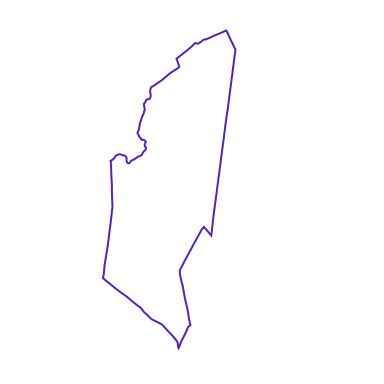 Tan Hung, Long An, Vietnam (Albers equal-area conic projection), rotated 234°
{"feature_id": "81297802B65804618727956", "entity_name": "Tan Hung", "entity_type": "district", "adm_level": 2, "iso_a3": "VNM", "parent_name": "Vietnam", "parent_adm1": "Long An", "projection": "albers", "projection_center": [105.709, 10.817], "detail": "fine", "context": "isolated", "style": "outline", "palette": "violet", "viewbox_px": 384, "rotation_deg": 234, "n_neighbors": 0, "source": "geoboundaries", "source_scale": "gbopen_adm2", "svg_char_len": 5496}
<svg xmlns="http://www.w3.org/2000/svg" viewBox="0 0 384 384"><g transform="rotate(234 192 192)"><path d="M308.9,257.8L307.9,257.6L306.6,257.2L305.0,256.7L300.6,255.2L300.5,253.2L300.6,251.0L300.9,245.4L301.0,245.1L300.7,240.4L300.5,237.7L300.3,234.6L300.2,233.9L300.2,233.2L300.3,229.1L300.5,223.3L300.7,220.5L300.1,219.5L299.1,218.2L298.2,217.3L297.0,216.7L295.4,215.9L294.4,215.4L293.9,215.0L293.5,214.5L293.2,214.2L292.6,213.3L292.4,212.8L292.4,212.3L292.5,211.6L292.8,211.0L293.2,210.4L293.4,209.9L293.4,209.4L293.2,208.8L292.8,208.2L292.4,207.5L292.0,206.6L291.7,205.5L291.4,204.7L291.1,204.5L290.6,204.2L290.0,204.0L289.3,203.7L288.7,203.4L288.2,203.1L287.8,202.8L287.4,202.6L287.0,202.5L286.6,202.3L286.4,202.2L285.9,201.7L285.5,200.9L285.2,200.4L284.9,200.1L284.6,199.7L284.4,199.5L284.1,199.2L283.6,198.5L283.3,198.1L283.0,197.5L282.8,197.1L282.6,196.7L282.5,196.3L282.3,195.9L281.9,195.5L281.2,194.6L280.6,193.7L280.0,192.9L279.5,192.3L279.1,191.8L278.8,191.0L278.3,190.3L277.8,189.8L277.4,189.3L276.9,189.0L276.5,188.7L276.0,188.2L275.6,187.6L275.3,187.3L274.8,186.9L274.5,186.5L274.1,186.0L273.7,185.5L273.1,184.9L272.7,184.3L272.4,183.7L272.2,183.2L272.0,182.8L271.7,182.6L271.4,182.4L271.1,182.3L270.8,182.3L270.2,182.4L269.7,182.4L269.2,182.3L268.9,182.1L268.5,182.0L268.3,181.9L268.0,181.9L267.5,181.8L267.2,181.7L266.9,181.7L266.7,181.7L266.4,181.8L266.0,182.1L265.8,182.1L265.5,182.2L265.2,182.1L264.9,182.0L264.5,181.9L264.3,181.8L264.2,181.8L263.8,181.9L263.7,182.0L263.5,182.3L263.2,182.9L262.9,183.4L262.6,183.6L262.3,183.7L261.5,184.0L260.7,184.1L260.2,184.2L259.9,184.3L259.7,184.2L259.3,183.6L259.2,183.1L259.1,182.8L258.9,182.5L258.6,182.1L258.3,181.7L257.7,181.3L257.1,181.0L256.6,180.8L256.2,180.7L255.7,180.7L255.3,180.9L255.2,180.9L254.9,180.9L254.7,180.9L254.4,180.7L254.1,180.4L253.8,179.8L253.6,179.3L253.4,178.5L253.3,177.6L253.2,177.2L253.1,176.7L253.0,176.4L252.7,175.5L252.6,175.3L252.4,174.7L252.1,174.2L251.8,173.8L251.7,173.6L251.7,173.3L251.6,173.0L251.6,172.7L251.6,172.4L251.6,171.9L251.7,171.3L251.9,170.6L252.2,169.6L252.3,168.8L252.3,167.9L252.3,166.8L252.4,165.6L252.4,164.5L252.5,163.7L252.6,163.3L252.9,162.3L252.9,161.5L252.9,160.8L252.9,160.4L252.7,160.0L252.5,159.5L252.4,159.2L252.3,158.7L252.2,158.3L252.2,158.1L252.2,157.9L252.4,157.7L252.7,157.4L253.1,157.1L253.8,156.9L254.3,157.0L255.1,157.2L255.8,157.4L256.3,157.8L256.7,158.1L257.2,158.6L257.7,158.9L258.1,159.1L258.6,159.2L259.2,159.3L259.9,159.2L260.6,159.1L261.0,158.9L261.8,158.3L262.4,157.6L262.9,157.2L263.7,156.8L264.6,156.1L265.1,155.6L265.5,154.7L265.7,154.0L265.8,153.3L266.0,152.4L266.1,151.8L266.0,151.4L265.9,150.9L265.6,150.2L265.3,149.5L265.0,148.2L264.8,146.9L264.9,145.7L264.9,144.3L264.9,144.2L264.5,144.2L264.2,144.1L263.4,143.6L261.9,142.6L260.7,141.9L257.8,139.9L255.2,138.1L250.8,135.2L244.6,131.2L243.2,130.2L238.9,127.1L237.4,126.1L231.7,122.2L228.4,120.1L226.0,118.3L225.5,117.8L224.9,117.2L223.2,115.6L222.0,114.6L218.2,111.1L214.3,107.5L210.2,103.6L206.0,99.7L201.8,95.8L197.7,91.9L193.8,88.0L190.0,84.1L186.1,80.2L184.7,78.7L182.0,76.3L180.3,74.9L177.6,72.5L176.1,70.9L175.3,70.0L174.8,69.3L172.5,69.9L170.6,70.3L168.2,71.0L166.0,71.6L163.1,72.4L161.4,72.8L157.9,73.7L157.8,73.8L156.1,74.3L154.0,74.9L151.0,75.9L147.1,77.3L143.4,78.3L141.2,78.8L135.5,80.3L132.2,81.2L129.9,82.0L128.3,82.4L127.0,82.6L125.9,82.6L125.4,82.6L124.2,82.5L123.3,82.6L122.3,82.7L121.1,83.0L119.5,83.4L117.9,83.7L116.6,83.9L114.8,84.1L113.5,84.4L112.3,84.8L111.1,85.4L109.4,86.3L106.4,87.9L104.2,89.0L102.9,89.6L101.9,89.9L100.7,90.1L99.1,90.3L94.9,90.7L91.5,91.1L88.3,91.6L84.8,91.9L81.9,92.1L79.7,92.0L79.0,92.0L78.5,91.9L78.0,91.6L76.6,90.7L75.0,89.8L73.5,89.2L73.4,89.2L73.8,90.0L74.8,91.6L76.5,94.0L77.5,95.5L78.3,97.2L79.6,99.8L80.9,102.4L82.2,104.7L83.0,106.2L83.9,107.7L84.6,108.7L85.1,109.8L85.2,110.5L85.3,111.3L85.2,112.0L85.1,112.3L85.3,112.5L86.3,112.9L88.2,113.7L92.9,115.9L96.7,117.9L100.5,119.7L108.8,123.2L110.8,124.1L113.7,125.5L122.0,129.5L126.3,131.1L132.3,133.8L135.1,135.5L135.6,135.9L136.0,136.4L136.5,137.4L137.3,139.0L138.7,142.0L139.9,144.2L141.3,147.1L143.1,150.9L144.9,154.6L148.4,161.8L152.8,171.2L156.1,178.1L156.4,178.8L156.4,179.1L156.3,179.3L156.2,179.5L156.2,179.8L156.4,180.3L156.7,180.8L156.8,181.1L153.4,181.4L151.2,181.6L145.6,182.0L147.6,184.0L151.4,187.5L153.0,189.0L155.2,190.9L158.8,194.2L162.5,197.7L166.1,201.1L169.6,204.5L172.4,207.1L173.2,207.8L174.9,209.5L177.0,211.5L177.8,212.3L180.5,214.8L181.8,216.0L183.8,217.9L184.4,218.6L186.1,220.1L187.8,221.7L188.5,222.4L191.3,225.2L192.8,226.4L195.0,228.6L198.6,232.1L199.6,233.0L203.0,236.1L206.0,239.0L207.5,240.4L209.1,241.9L211.4,244.1L213.3,246.0L215.0,247.6L217.0,249.5L220.2,252.4L222.4,254.6L224.3,256.3L226.1,258.0L228.0,259.8L230.1,261.8L231.7,263.3L234.7,266.2L237.1,268.7L243.8,275.1L244.4,275.6L250.0,280.9L255.6,286.2L261.2,291.5L272.4,302.1L273.9,303.5L274.0,303.6L278.0,307.4L281.6,310.8L285.4,311.5L292.7,312.8L299.5,314.2L300.2,314.3L302.5,314.7L302.9,313.0L303.7,309.0L304.3,306.3L304.5,305.4L305.2,302.7L305.5,301.4L306.2,298.0L306.3,297.2L306.6,296.0L306.8,295.1L306.9,294.7L306.9,293.5L307.0,293.3L307.7,292.6L308.0,292.0L308.2,291.4L308.4,290.4L308.3,289.5L308.2,287.3L308.3,285.5L308.4,284.6L308.6,284.0L308.7,283.7L309.2,283.2L310.3,282.5L310.5,282.2L310.6,281.8L310.5,280.9L310.1,278.9L310.0,277.9L309.5,272.1L309.3,268.7L309.3,267.3L309.3,267.2L309.1,262.5L309.0,259.8L309.0,259.3L308.9,258.6L308.9,257.8Z" fill="none" stroke="#5b21b6" stroke-width="2"/></g></svg>